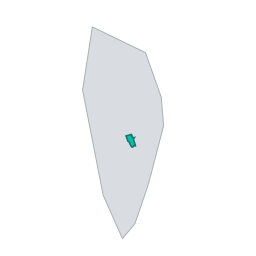 Sand De Feu, Castries, Saint Lucia shown in context, rotated 167°
{"feature_id": "8701671B2564147185651", "entity_name": "Sand De Feu", "entity_type": "district", "adm_level": 2, "iso_a3": "LCA", "parent_name": "Saint Lucia", "parent_adm1": "Castries", "projection": "equal_earth", "projection_center": [-60.985, 13.929], "detail": "fine", "context": "in_parent", "style": "filled", "palette": "teal", "viewbox_px": 256, "rotation_deg": 167, "n_neighbors": 0, "source": "geoboundaries", "source_scale": "gbopen_adm2", "svg_char_len": 1054}
<svg xmlns="http://www.w3.org/2000/svg" viewBox="0 0 256 256"><g transform="rotate(167 128 128)"><path d="M163.7,175.3L140.0,234.5L94.0,197.4L88.7,150.6L92.8,122.2L121.0,68.2L142.9,33.1L158.3,21.5L167.3,68.1L163.7,175.3Z" fill="#d9dde1" stroke="#a8b0b8" stroke-width="1"/><path d="M125.2,116.0L123.9,117.2L124.0,117.2L124.1,117.3L124.2,117.2L124.3,117.2L124.5,117.2L124.8,117.2L124.8,117.3L125.0,117.3L125.2,117.5L125.3,117.5L125.5,117.7L125.6,117.8L125.7,118.0L125.7,118.3L125.7,118.5L125.8,118.6L126.0,118.8L126.2,119.0L126.3,119.1L126.3,119.3L126.2,119.3L126.1,119.5L125.9,119.7L125.9,119.8L125.8,120.0L125.9,120.3L126.0,120.4L126.0,120.5L126.3,120.8L126.3,121.0L128.8,120.9L131.8,120.7L131.5,119.2L131.1,115.1L130.3,114.4L129.8,112.7L129.6,111.5L129.5,111.0L128.8,108.9L128.6,108.7L128.0,108.3L127.7,108.3L126.0,109.6L125.9,109.6L125.7,109.7L125.5,109.4L125.5,109.2L125.4,109.2L125.2,109.1L124.9,109.0L124.9,108.9L124.7,108.9L124.8,111.5L125.1,114.3L125.1,114.9L125.2,115.9L125.2,116.0Z" fill="#14b8a6" stroke="#0f766e" stroke-width="1.5"/></g></svg>